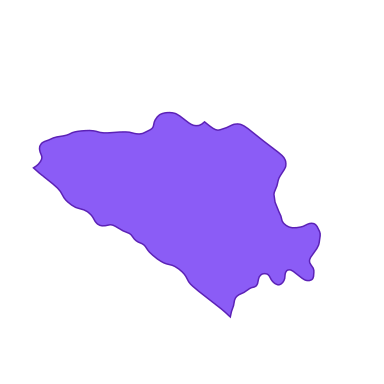 outline of Villa Gonzalez, Santiago, Dominican Republic, rotated 308°
{"feature_id": "3306468B91060644356542", "entity_name": "Villa Gonzalez", "entity_type": "district", "adm_level": 2, "iso_a3": "DOM", "parent_name": "Dominican Republic", "parent_adm1": "Santiago", "projection": "robinson", "projection_center": [-70.779, 19.554], "detail": "fine", "context": "isolated", "style": "filled", "palette": "violet", "viewbox_px": 384, "rotation_deg": 308, "n_neighbors": 0, "source": "geoboundaries", "source_scale": "gbopen_adm2", "svg_char_len": 2998}
<svg xmlns="http://www.w3.org/2000/svg" viewBox="0 0 384 384"><g transform="rotate(308 192 192)"><path d="M113.4,52.2L112.9,59.9L112.7,77.4L112.3,83.6L111.4,88.0L108.6,94.8L107.9,97.7L107.6,100.7L107.6,105.2L108.2,109.7L109.1,112.2L111.4,117.9L112.1,121.8L112.0,124.5L111.7,127.1L111.0,129.5L109.2,133.8L108.7,136.1L108.6,137.4L109.0,139.9L110.0,142.0L112.1,144.5L115.3,147.2L116.1,148.0L117.2,150.2L117.8,152.9L118.9,161.4L120.8,168.2L120.8,170.4L119.4,175.5L119.2,177.9L119.4,180.3L120.5,184.4L120.7,186.5L120.4,188.6L119.0,192.9L118.4,195.6L118.0,200.0L117.9,206.0L118.3,210.5L118.8,213.4L119.6,216.0L122.1,221.6L122.8,224.5L123.2,229.0L123.0,233.5L122.5,236.5L121.7,239.1L119.2,244.7L118.5,247.6L118.2,250.6L117.9,258.4L117.9,286.9L117.7,291.7L117.1,299.1L122.1,296.7L128.0,294.7L133.0,292.1L135.3,291.5L136.5,291.5L137.7,291.6L139.9,292.2L144.9,294.8L151.5,296.9L153.3,297.8L155.4,299.5L157.1,300.3L158.1,300.4L160.1,300.1L164.6,297.9L166.6,297.2L168.9,297.3L170.0,297.6L171.0,298.1L172.5,299.6L173.5,301.5L173.7,302.6L173.4,304.6L171.7,308.4L171.1,310.7L170.9,313.0L171.0,314.2L171.6,316.5L172.3,317.6L173.3,318.3L174.3,318.8L176.5,319.2L178.7,319.0L180.9,318.3L184.4,316.1L186.1,315.3L188.2,315.1L189.2,315.4L190.1,316.1L190.9,317.0L191.4,318.1L191.8,320.6L191.8,331.9L192.1,334.7L192.5,336.0L193.0,337.1L194.4,339.0L196.3,340.2L197.4,340.5L198.5,340.4L200.4,339.7L203.7,337.5L205.3,336.2L206.6,334.4L207.9,330.4L208.7,328.4L209.4,327.6L210.3,326.8L211.3,326.3L213.6,325.7L224.3,325.2L228.2,324.4L230.4,323.4L236.3,320.0L238.1,318.6L239.5,316.7L241.8,311.9L242.3,309.8L242.3,308.6L242.1,307.5L241.0,305.5L239.5,304.0L237.6,302.8L233.3,300.7L231.2,299.1L228.2,296.3L225.6,293.1L224.4,290.6L224.0,289.3L223.6,286.7L223.7,284.1L223.9,282.9L224.7,280.8L227.8,276.8L229.9,272.7L235.1,263.7L240.6,258.0L242.5,257.0L249.2,255.1L254.4,252.7L256.8,251.9L259.5,251.5L266.3,250.9L269.0,250.4L270.2,249.9L272.2,248.5L273.9,246.8L274.6,245.7L275.7,243.2L276.2,240.4L276.4,235.9L276.2,217.2L276.4,197.0L276.1,192.5L275.5,189.6L275.0,188.2L273.7,186.0L271.2,183.4L269.2,182.2L264.0,179.6L258.4,175.9L256.7,174.4L256.1,173.2L255.6,172.0L255.1,169.3L254.9,164.8L255.0,158.7L251.5,157.9L249.4,156.9L248.4,156.2L246.8,154.4L245.5,152.2L244.8,149.6L244.5,146.9L244.4,135.7L243.9,131.6L243.5,130.2L242.4,127.9L241.0,125.7L239.4,123.7L237.6,121.9L235.7,120.4L233.6,119.2L232.3,118.8L229.8,118.4L226.2,118.6L223.9,119.2L220.1,121.0L219.1,121.3L218.1,121.4L217.1,121.3L215.2,120.7L210.2,118.3L208.0,117.2L207.1,116.5L205.3,114.8L203.9,112.8L202.7,110.6L200.6,105.9L198.4,102.6L195.0,98.4L186.8,89.3L184.3,86.1L182.3,82.8L180.8,79.1L179.6,76.8L177.4,73.4L174.8,70.3L172.0,67.2L169.1,64.3L167.1,62.6L165.0,61.1L161.7,59.5L159.6,58.2L156.8,55.9L152.2,51.6L149.2,49.4L144.8,47.1L141.0,44.7L138.9,43.8L137.7,43.5L135.3,43.7L134.1,44.0L132.2,45.2L131.4,46.0L130.0,47.7L127.8,51.4L127.1,52.2L126.2,52.8L125.2,53.3L122.9,53.8L119.3,53.8L116.8,53.3L113.4,52.2Z" fill="#8b5cf6" stroke="#5b21b6" stroke-width="1.5"/></g></svg>